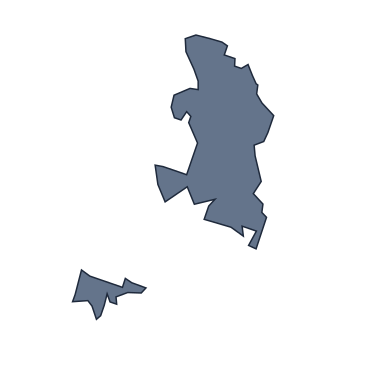 SVG path tracing the border of Islands, rotated 109°
{"feature_id": "HKG-5170", "entity_name": "Islands", "entity_type": "state/province", "adm_level": 1, "iso_a3": "HKG", "parent_name": "Hong Kong S.A.R.", "parent_adm1": "", "projection": "natural_earth1", "projection_center": [113.979, 22.247], "detail": "fine", "context": "isolated", "style": "filled", "palette": "slate", "viewbox_px": 384, "rotation_deg": 109, "n_neighbors": 0, "source": "natural_earth", "source_scale": "10m", "svg_char_len": 1085}
<svg xmlns="http://www.w3.org/2000/svg" viewBox="0 0 384 384"><g transform="rotate(109 192 192)"><path d="M49.2,248.3L42.3,239.4L41.1,224.6L40.5,212.5L42.3,206.1L51.9,206.1L51.9,194.8L59.1,192.7L59.1,185.6L53.2,180.5L53.7,180.1L62.1,172.9L68.8,166.6L69.4,164.6L78.2,162.8L85.1,154.8L93.2,139.6L111.2,139.6L120.9,140.6L127.5,148.5L137.3,144.1L159.5,130.0L173.6,133.5L180.3,121.0L188.6,119.3L191.7,113.3L224.9,112.9L224.1,121.1L208.0,118.4L208.0,133.5L217.0,129.1L212.6,143.7L213.9,171.6L199.8,171.6L191.4,167.9L202.8,185.8L188.6,198.2L210.1,214.2L196.0,226.7L178.6,235.6L177.4,227.6L177.4,202.7L166.3,202.7L157.2,202.7L143.9,202.7L127.5,217.7L120.9,217.7L117.8,223.2L127.5,225.8L127.5,232.8L118.6,239.3L106.3,240.5L94.7,227.6L93.2,219.5L85.1,222.3L75.3,230.1L61.3,243.4L49.2,248.3ZM327.0,269.1L301.7,271.1L304.8,261.2L304.8,226.7L295.4,226.9L297.4,219.5L297.7,204.3L304.0,207.1L308.0,220.1L315.9,229.7L322.6,226.7L322.6,233.7L315.9,239.1L327.8,238.1L338.7,238.1L343.5,240.9L332.4,249.4L328.6,255.1L334.6,269.2L327.0,269.1Z" fill="#64748b" stroke="#1e293b" stroke-width="1.5"/></g></svg>